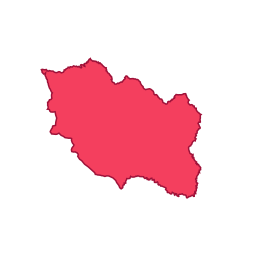 Calvas, Loja, Ecuador, rotated 334°
{"feature_id": "8360857B77805583896778", "entity_name": "Calvas", "entity_type": "district", "adm_level": 2, "iso_a3": "ECU", "parent_name": "Ecuador", "parent_adm1": "Loja", "projection": "natural_earth1", "projection_center": [-79.585, -4.34], "detail": "fine", "context": "isolated", "style": "filled", "palette": "rose", "viewbox_px": 256, "rotation_deg": 334, "n_neighbors": 0, "source": "geoboundaries", "source_scale": "gbopen_adm2", "svg_char_len": 5850}
<svg xmlns="http://www.w3.org/2000/svg" viewBox="0 0 256 256"><g transform="rotate(334 128 128)"><path d="M124.6,49.1L123.0,49.3L121.9,50.4L121.3,50.3L120.9,51.2L119.8,50.7L119.2,51.8L117.9,51.1L116.7,51.2L116.2,53.7L115.7,53.3L115.3,51.6L114.6,51.2L114.1,50.7L113.3,50.5L112.9,50.8L113.0,53.1L112.4,53.4L111.6,52.8L111.0,51.1L110.3,51.3L109.4,50.9L108.9,49.9L108.0,49.9L106.3,48.3L104.6,48.7L102.9,47.6L101.9,48.3L100.9,47.1L100.1,47.7L97.8,47.8L97.2,48.4L96.2,47.8L95.3,48.9L94.5,49.5L92.5,49.3L92.0,48.9L91.4,47.7L90.6,47.1L88.2,47.0L87.2,46.4L86.3,45.6L85.6,44.0L84.1,43.3L82.3,41.8L81.7,42.1L81.2,41.9L80.7,41.4L80.1,39.5L79.0,39.4L76.5,37.6L75.9,37.7L76.3,38.1L75.6,38.7L75.5,39.8L75.2,40.3L75.9,42.6L77.0,42.9L77.9,42.5L76.5,44.4L76.6,46.9L76.3,47.2L76.4,48.6L76.7,49.0L75.7,52.0L75.9,52.9L75.4,54.1L74.9,57.6L75.1,58.9L75.0,62.0L75.4,63.3L74.6,63.7L73.7,64.8L72.8,67.0L72.6,67.9L71.3,68.6L69.8,68.2L69.4,68.8L68.2,69.2L68.0,69.7L67.0,69.7L66.7,70.3L66.4,71.5L65.8,72.1L65.5,74.1L64.8,75.2L63.9,75.8L64.6,76.1L65.4,77.0L65.2,78.7L65.7,79.8L67.8,80.9L69.6,81.4L68.7,84.7L68.3,87.8L65.6,91.2L64.0,93.9L61.3,93.2L60.9,93.5L60.0,94.8L58.9,95.3L56.6,97.0L56.4,97.5L56.7,98.9L56.7,99.8L60.4,102.1L61.4,102.4L63.7,102.4L64.7,105.3L66.3,107.2L67.1,109.0L70.3,111.2L71.7,111.8L72.7,112.7L71.8,114.3L71.5,116.3L71.5,117.3L72.0,119.4L71.5,120.1L69.0,121.3L67.8,122.5L67.5,123.0L67.1,124.5L68.5,125.7L70.2,126.4L70.5,127.0L71.4,127.9L71.4,128.8L71.7,129.3L71.5,130.3L70.4,131.4L70.8,134.8L72.1,137.2L73.1,141.5L75.2,145.4L78.5,153.6L78.3,155.4L79.1,155.8L80.0,156.8L82.3,158.2L83.7,159.5L84.3,159.7L86.0,161.4L88.0,161.7L89.7,162.7L92.6,166.2L94.0,169.8L93.9,172.0L94.6,175.7L94.4,178.0L95.1,179.6L95.5,179.3L96.1,179.6L97.1,179.3L98.3,177.4L98.9,177.1L99.5,177.4L99.9,177.2L100.4,175.9L101.6,176.5L101.9,176.5L102.1,175.6L103.0,174.4L104.1,173.8L104.7,172.9L106.6,173.9L107.6,174.1L109.2,172.6L110.0,173.8L111.9,174.7L112.8,174.9L114.1,174.8L114.7,175.4L115.5,175.2L116.4,175.7L117.3,176.8L120.6,178.6L120.6,179.7L121.1,180.8L122.0,180.9L122.6,180.7L123.1,180.9L123.2,181.2L123.1,181.9L122.7,182.2L122.6,182.6L122.8,182.8L123.4,182.6L123.9,182.9L123.8,183.4L124.0,183.9L124.7,183.7L125.0,184.0L125.5,183.6L126.4,183.3L127.4,183.6L126.9,185.4L127.7,185.8L128.6,185.6L128.9,185.8L128.0,188.5L129.7,189.5L130.3,189.3L130.9,189.4L130.8,190.7L130.3,191.9L130.5,192.6L131.2,192.7L131.7,193.1L131.9,194.5L133.1,195.2L135.8,198.4L135.8,198.9L134.8,199.8L135.7,202.1L135.2,202.7L135.2,203.3L136.4,203.9L137.3,205.8L137.8,206.2L138.4,206.3L139.6,205.2L140.7,206.8L140.4,208.4L140.6,208.9L141.3,208.6L142.0,207.9L142.5,208.2L142.8,208.7L142.3,210.2L143.0,211.3L143.5,211.7L143.8,211.6L143.8,210.7L144.2,210.2L145.1,210.1L146.4,210.7L148.0,211.0L148.2,211.7L148.6,212.4L150.3,213.5L150.6,214.0L150.2,215.9L150.4,216.7L151.5,216.7L152.4,216.2L153.4,216.7L155.7,216.7L156.1,216.5L156.7,216.9L157.0,218.2L157.6,218.4L158.6,216.2L160.1,216.7L160.3,215.9L159.8,215.8L159.7,215.3L160.0,214.7L160.3,214.5L160.5,215.1L161.0,214.9L162.2,213.8L162.8,212.1L163.3,212.3L163.5,212.1L163.2,212.0L163.3,211.5L164.0,211.0L163.6,210.1L163.7,209.8L165.0,209.8L165.7,208.5L166.4,208.2L166.3,207.9L165.7,207.5L165.6,206.3L165.8,205.9L166.5,205.6L166.3,204.0L166.5,203.4L167.0,203.1L167.6,203.6L168.5,201.7L171.0,200.3L172.0,198.7L172.5,198.6L172.8,199.2L173.5,197.2L174.4,197.4L175.0,197.3L175.4,196.1L175.9,195.7L175.7,194.0L175.3,193.2L175.4,191.7L174.0,191.2L173.9,190.9L174.5,190.3L173.6,189.6L174.0,189.0L174.7,188.7L173.7,186.6L173.7,185.6L173.5,185.4L174.1,183.6L173.1,183.4L173.0,183.2L173.1,181.8L173.3,181.8L173.7,182.5L174.7,180.5L173.8,180.6L173.8,179.3L172.8,178.6L172.6,177.9L173.1,174.0L174.0,171.9L175.4,171.3L176.5,171.5L177.0,171.0L178.2,170.5L179.5,169.1L180.8,168.5L182.2,168.3L182.8,169.0L183.7,167.8L184.4,167.6L183.8,166.2L184.3,165.7L185.2,165.3L185.6,164.6L186.1,164.7L186.2,163.1L187.5,163.1L188.0,162.6L188.8,161.0L190.6,160.3L191.1,159.7L192.0,160.0L192.7,159.8L193.1,159.0L192.9,157.4L193.1,156.8L193.0,154.5L194.4,153.8L195.2,154.5L195.7,154.3L196.5,151.8L197.4,150.8L198.2,149.0L198.8,148.1L199.6,147.9L198.5,146.4L198.5,145.7L198.1,145.3L197.4,143.4L197.3,141.4L198.0,140.2L197.4,139.9L196.6,138.7L197.1,137.3L196.1,136.7L196.1,135.7L195.7,135.2L194.9,134.6L193.9,134.6L193.1,132.5L193.3,131.1L193.9,130.7L194.3,130.0L195.2,129.8L194.6,128.0L194.4,125.7L194.7,124.9L194.5,123.6L194.8,123.4L194.9,122.6L194.7,122.3L192.8,121.6L192.2,121.8L191.6,121.6L191.1,121.7L189.9,121.2L188.3,120.4L187.8,120.3L185.9,119.0L184.6,119.7L184.1,119.6L183.1,120.4L183.3,121.3L182.7,121.6L182.2,121.3L180.1,122.1L179.9,121.7L179.3,122.2L178.6,122.0L178.2,122.5L177.3,122.8L176.6,122.0L175.4,121.9L174.4,123.0L173.7,123.4L172.6,123.2L171.9,122.0L170.7,120.6L170.6,120.1L171.0,118.7L170.9,116.9L169.3,115.7L168.9,113.5L168.5,113.2L168.7,111.9L168.2,110.5L167.3,110.2L167.0,109.9L166.7,110.0L166.2,108.8L166.6,107.8L166.8,106.1L165.8,103.7L165.2,102.8L164.4,102.1L160.5,101.1L159.6,99.7L159.4,98.7L159.4,97.8L159.7,97.4L159.0,95.7L158.8,93.2L159.2,92.1L158.5,90.5L158.4,89.5L157.7,88.5L156.8,88.1L155.9,86.9L155.0,86.7L154.3,85.8L151.2,84.6L151.0,83.9L150.2,83.1L150.1,81.4L149.5,80.6L148.8,80.4L148.0,81.1L147.2,81.1L147.1,82.2L146.9,82.2L146.5,82.7L145.6,82.7L144.3,83.5L143.3,83.6L142.7,84.2L141.3,83.5L139.2,84.0L138.7,83.2L136.8,83.4L135.6,82.9L135.3,82.4L135.3,81.1L134.2,80.1L134.0,78.9L134.5,77.9L134.2,77.2L135.1,77.1L135.7,74.8L135.2,74.3L135.4,73.4L134.9,72.8L135.1,72.2L134.8,71.7L134.9,71.0L133.9,69.3L134.0,68.1L133.4,67.0L134.2,66.6L134.3,65.1L134.8,64.4L133.9,63.8L133.2,62.4L132.9,61.4L132.4,60.6L132.4,59.5L131.6,58.1L131.4,57.1L131.1,57.0L130.6,57.4L130.2,57.4L130.0,56.8L130.1,55.6L129.0,55.7L128.6,54.2L128.1,54.1L127.6,53.3L126.7,53.3L126.4,52.6L125.5,52.4L124.9,50.8L124.3,50.2L124.6,49.1Z" fill="#f43f5e" stroke="#9f1239" stroke-width="1.5"/></g></svg>